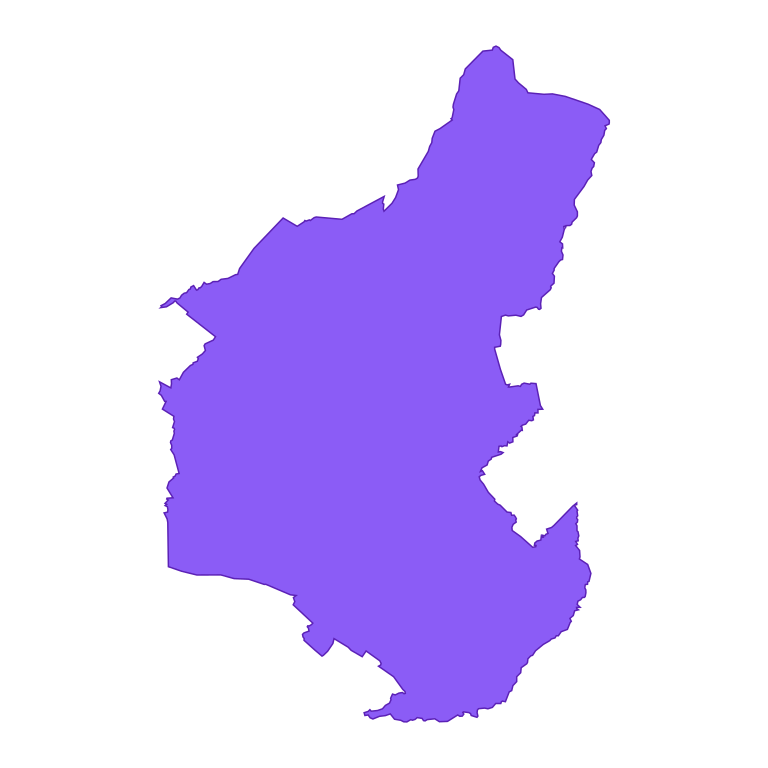 Yecapixtla, Morelos, Mexico (orthographic projection)
{"feature_id": "50627088B43090651805333", "entity_name": "Yecapixtla", "entity_type": "district", "adm_level": 2, "iso_a3": "MEX", "parent_name": "Mexico", "parent_adm1": "Morelos", "projection": "orthographic", "projection_center": [-98.86, 18.859], "detail": "fine", "context": "isolated", "style": "filled", "palette": "violet", "viewbox_px": 768, "rotation_deg": 0, "n_neighbors": 0, "source": "geoboundaries", "source_scale": "gbopen_adm2", "svg_char_len": 6112}
<svg xmlns="http://www.w3.org/2000/svg" viewBox="0 0 768 768"><path d="M512.8,59.7L500.8,50.2L499.0,47.6L496.0,46.1L493.3,47.3L492.3,50.1L482.9,51.1L465.3,68.9L463.7,74.7L460.2,78.2L458.8,90.8L456.6,94.0L453.4,104.2L453.0,107.1L453.8,109.6L452.1,117.9L451.0,118.7L452.2,120.0L440.0,128.6L435.0,131.2L432.2,138.3L431.8,142.6L429.7,146.4L428.3,151.4L418.0,169.0L418.2,176.2L417.5,178.0L415.4,179.3L409.9,180.1L405.1,183.1L397.5,185.0L398.5,189.7L395.6,197.5L392.0,203.3L384.0,211.2L383.3,209.2L383.8,204.1L382.6,203.4L382.6,201.8L384.2,196.4L356.9,211.0L354.1,213.7L351.8,213.8L342.0,219.3L316.2,217.0L314.2,217.6L310.3,220.5L309.4,219.9L306.0,221.1L304.9,220.5L304.1,221.8L297.2,226.3L283.1,218.0L254.0,248.4L239.6,268.5L237.7,274.4L235.5,274.7L228.0,278.4L221.1,279.3L218.1,281.5L213.1,281.6L210.2,283.5L206.6,284.2L204.1,282.4L201.6,286.6L200.0,287.9L199.1,287.8L197.7,289.8L196.5,290.1L193.6,285.6L190.9,287.0L190.3,289.0L188.9,289.5L186.6,292.7L184.2,293.2L181.6,295.2L179.9,298.0L177.5,299.1L171.1,297.9L165.2,303.5L161.0,305.7L161.9,306.9L161.5,307.0L160.8,307.6L166.5,306.8L173.4,302.6L174.6,301.1L175.8,301.1L177.1,303.0L188.1,312.1L186.7,314.2L215.5,336.7L213.3,340.1L205.1,343.9L204.1,345.7L205.4,350.5L202.3,354.0L197.4,357.3L198.3,358.7L197.3,361.3L193.2,362.8L192.9,364.4L190.4,365.5L183.4,372.3L179.3,379.8L176.9,378.0L171.3,379.7L171.5,383.8L170.8,387.9L159.5,381.8L161.0,386.3L160.1,390.9L158.7,393.3L161.3,395.3L164.6,401.3L166.1,401.4L162.4,409.1L173.9,416.3L173.5,419.0L174.5,421.5L172.6,427.6L174.1,428.2L174.6,429.3L173.9,431.1L174.3,433.4L172.3,440.0L170.8,440.9L170.5,442.5L171.7,445.3L171.7,448.4L170.7,449.5L174.1,454.8L179.1,473.5L176.1,474.0L175.2,476.0L173.2,477.1L173.6,478.0L169.0,481.9L167.0,488.0L173.0,497.8L167.0,498.2L166.7,499.0L168.2,500.0L165.0,503.4L166.7,504.3L165.1,505.6L167.4,506.7L167.9,509.6L167.6,512.1L164.1,512.9L167.1,518.9L167.8,522.5L168.4,566.7L181.8,571.3L196.9,575.0L220.8,574.9L234.1,578.6L248.7,579.2L264.2,584.4L265.8,584.3L290.4,594.8L296.1,595.5L293.4,597.6L294.8,601.6L293.2,604.8L312.8,623.1L311.5,624.6L309.3,625.9L307.7,625.9L307.3,626.8L308.4,628.1L309.0,631.1L304.0,632.9L302.5,634.4L303.0,636.9L304.2,638.6L304.0,640.3L315.0,650.2L322.0,656.1L323.4,655.3L327.6,651.3L332.9,643.5L334.0,638.6L348.2,647.2L351.1,650.3L362.2,656.7L366.1,651.0L379.8,660.8L381.1,663.4L380.7,665.0L378.5,666.2L393.6,676.7L402.8,689.4L405.0,691.5L405.3,693.4L404.0,693.7L402.4,692.5L398.9,693.1L395.3,694.9L392.5,694.1L390.6,698.3L391.0,699.8L389.5,703.1L385.4,705.4L382.5,708.8L377.6,710.5L371.2,711.2L369.9,709.7L368.2,711.4L364.1,712.7L364.9,715.5L368.2,715.0L370.1,717.8L372.9,719.0L379.5,716.3L385.4,715.6L390.3,713.9L394.5,719.2L400.8,720.3L403.7,721.8L406.9,721.9L410.7,719.7L412.5,720.2L415.1,719.4L417.2,717.6L422.1,718.4L423.5,720.6L425.1,720.9L427.2,719.6L434.8,718.8L439.4,721.7L447.5,721.4L457.7,715.0L459.8,716.3L462.3,716.1L463.8,714.1L462.8,712.4L463.4,711.9L469.0,712.6L470.6,713.7L471.2,715.5L477.0,717.3L477.9,716.1L477.1,712.6L477.4,710.1L478.5,708.7L484.6,708.1L487.9,708.8L492.4,707.4L495.7,703.5L500.8,703.5L501.4,701.7L502.4,701.1L505.4,701.7L509.2,691.9L511.7,690.6L512.9,685.6L516.7,681.6L516.7,676.7L520.7,672.7L521.2,667.7L526.7,663.8L527.5,662.4L527.9,658.8L530.7,655.9L532.6,655.3L535.5,650.8L543.3,644.4L549.7,640.7L551.3,639.0L555.0,637.9L556.3,635.7L558.3,635.8L561.2,631.7L567.4,629.4L570.1,622.7L571.3,621.3L569.9,618.4L573.3,615.5L574.6,610.8L578.4,609.8L576.7,608.6L576.5,607.4L580.1,607.3L577.2,604.4L577.9,601.2L580.6,599.8L582.4,597.5L584.4,597.4L585.2,596.5L585.9,592.8L585.8,589.8L584.8,587.9L585.1,585.5L585.4,584.5L587.5,584.3L587.7,581.8L589.0,581.4L590.9,573.4L587.7,564.5L579.4,559.0L580.0,556.9L579.6,550.5L575.6,545.5L577.5,544.4L575.7,541.4L578.2,540.8L577.9,538.1L578.8,535.9L578.0,531.7L577.0,530.8L577.0,525.8L575.8,523.7L577.4,522.1L577.7,519.6L576.7,518.5L576.7,516.9L577.7,515.8L577.0,511.1L577.7,510.2L574.6,505.7L574.7,505.0L576.7,504.6L576.7,503.0L572.7,506.2L553.9,525.5L551.5,527.5L546.6,529.1L548.0,533.5L546.0,534.2L544.8,535.8L542.4,535.2L543.3,537.2L542.1,537.4L541.3,536.3L540.8,540.1L537.1,541.0L534.8,543.0L534.4,545.3L536.0,545.5L535.8,546.7L532.7,547.3L520.7,536.6L512.2,530.5L511.9,527.3L513.2,524.3L516.2,522.1L515.7,519.9L516.4,518.9L515.6,517.2L514.1,515.1L511.6,515.3L510.9,512.5L507.1,512.1L500.2,505.2L497.7,504.1L494.4,501.0L494.8,499.2L488.3,492.3L483.6,484.2L480.1,480.0L479.2,476.8L480.9,475.4L484.7,474.3L482.4,470.7L480.4,471.5L482.0,467.8L487.1,465.0L488.3,461.1L491.2,459.1L491.7,457.3L501.1,454.2L503.1,452.6L500.5,451.6L498.3,452.0L499.0,446.3L501.2,446.0L501.9,446.7L504.4,445.7L507.0,445.9L507.8,441.8L509.6,443.1L512.9,441.8L512.8,437.5L517.1,436.0L517.4,435.2L516.6,435.4L516.4,434.7L521.2,430.3L522.3,430.4L521.9,427.0L521.0,426.4L522.3,425.2L525.7,424.1L528.7,420.3L531.8,420.7L533.4,419.9L532.9,416.4L534.5,415.6L534.9,412.9L538.0,412.9L537.9,409.4L542.7,409.2L540.4,405.5L536.0,383.6L530.9,383.2L529.8,384.2L524.1,383.1L521.6,384.3L520.4,386.4L518.2,385.8L509.1,387.1L508.4,387.0L509.6,384.3L507.4,384.9L505.6,384.3L500.4,369.3L494.7,349.2L494.6,347.3L500.3,346.2L500.7,344.4L500.9,340.4L499.4,334.8L501.4,316.5L505.5,315.1L508.3,315.9L515.9,315.2L521.0,316.4L523.6,314.9L526.7,310.0L535.6,307.1L537.2,307.4L538.5,309.2L539.6,309.4L541.0,308.3L540.6,303.7L541.5,297.5L550.2,289.8L551.2,287.8L550.6,286.9L551.0,285.9L554.0,283.2L554.4,276.2L552.4,273.4L554.1,270.3L554.2,268.4L558.9,261.7L560.6,260.0L562.5,259.5L563.0,255.0L561.4,251.2L561.9,247.7L562.7,247.9L562.5,243.9L559.8,241.8L562.3,237.3L564.3,229.3L563.8,226.5L565.4,226.0L565.7,227.1L566.2,225.6L569.9,225.5L571.6,224.3L572.1,222.1L576.6,217.7L577.4,215.9L577.4,211.8L574.2,205.1L574.4,199.4L584.0,186.5L587.7,180.0L591.8,175.5L591.0,171.5L592.1,168.2L593.7,166.5L594.4,162.7L591.4,159.6L591.9,158.3L594.7,153.6L596.7,152.1L598.7,145.4L600.9,142.5L601.3,139.6L603.9,135.2L604.7,130.4L606.4,128.6L605.0,125.8L609.0,124.1L609.3,122.9L609.3,120.3L599.7,109.5L588.1,104.2L565.3,96.4L552.4,93.9L544.0,94.3L527.9,92.8L526.3,89.4L518.4,82.8L515.0,79.0L512.8,59.7Z" fill="#8b5cf6" stroke="#5b21b6" stroke-width="1.5"/></svg>